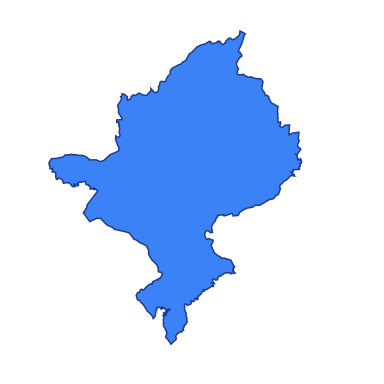 Varfuri, Dâmbovita, Romania, rotated 157°
{"feature_id": "2599482B31531566828838", "entity_name": "Varfuri", "entity_type": "district", "adm_level": 2, "iso_a3": "ROU", "parent_name": "Romania", "parent_adm1": "Dâmbovita", "projection": "albers", "projection_center": [25.505, 45.099], "detail": "fine", "context": "isolated", "style": "filled", "palette": "blue", "viewbox_px": 384, "rotation_deg": 157, "n_neighbors": 0, "source": "geoboundaries", "source_scale": "gbopen_adm2", "svg_char_len": 5971}
<svg xmlns="http://www.w3.org/2000/svg" viewBox="0 0 384 384"><g transform="rotate(157 192 192)"><path d="M297.7,204.7L289.8,205.0L286.6,203.5L283.1,194.8L278.5,189.9L278.6,189.2L277.7,187.8L268.1,180.9L265.5,178.3L263.9,171.1L262.3,169.9L259.8,165.8L254.8,160.2L255.0,158.7L254.7,155.3L256.0,152.1L256.3,150.2L255.4,145.0L252.7,138.5L252.9,134.7L253.9,132.5L254.0,131.6L251.9,130.2L251.2,129.2L251.2,128.1L252.4,127.4L252.7,126.5L255.1,125.1L256.8,125.4L257.4,124.3L258.3,124.9L263.4,124.8L264.1,123.3L264.8,123.4L265.0,122.7L265.6,123.5L266.9,123.6L271.0,122.6L274.9,120.6L276.4,122.2L277.7,122.2L279.8,120.2L281.3,120.7L283.8,118.6L284.3,114.4L284.0,113.7L282.3,112.1L282.2,110.3L281.0,107.8L280.4,105.0L279.7,99.6L277.8,95.9L276.8,91.9L277.2,90.8L276.0,91.0L274.1,92.5L271.2,97.3L270.4,97.3L269.8,98.9L268.4,99.4L268.0,98.7L266.4,98.2L266.1,96.1L265.3,96.3L265.3,97.4L264.3,97.8L264.1,97.6L264.7,96.6L263.4,95.9L262.8,96.1L262.3,94.3L261.0,93.4L258.3,93.1L258.4,92.3L259.6,93.0L262.4,92.6L262.7,91.8L265.5,91.7L265.3,90.4L265.6,89.7L265.2,89.6L264.0,90.1L264.0,91.0L263.0,91.6L262.2,91.3L261.8,92.3L260.6,91.8L263.4,90.2L263.4,89.5L264.1,88.7L266.0,89.2L266.0,89.8L267.0,89.6L266.4,88.5L268.2,85.7L270.6,79.7L270.1,76.6L270.2,74.8L269.8,73.8L270.3,71.7L272.9,69.0L272.9,67.9L272.1,66.5L270.8,60.1L264.1,62.7L263.7,63.1L263.5,65.1L262.9,66.2L261.9,66.9L257.4,68.0L256.2,67.1L255.4,68.0L253.9,67.9L253.2,70.3L251.4,71.3L251.3,72.2L249.3,72.7L247.1,74.5L247.2,75.2L245.8,78.2L246.0,80.0L244.8,82.5L244.7,86.8L243.5,89.5L243.4,90.6L241.9,91.9L240.9,90.5L240.8,89.6L236.9,89.3L235.0,91.2L235.6,91.5L235.6,92.0L233.4,90.6L231.9,91.1L231.5,91.5L231.4,92.5L229.6,92.8L229.5,91.0L228.6,90.8L227.1,94.0L226.1,93.6L223.2,94.8L221.7,96.1L220.3,96.3L219.9,97.0L219.5,96.3L219.1,97.4L217.4,96.5L215.7,96.6L210.1,97.7L209.4,96.6L208.9,96.9L209.2,98.3L208.7,99.1L209.1,100.3L207.3,98.9L207.7,102.4L207.2,103.9L206.0,103.5L204.9,102.3L204.9,101.8L202.7,101.2L201.9,103.1L201.1,103.1L200.1,104.0L198.5,103.4L193.8,104.7L191.3,103.7L189.6,103.6L189.4,103.0L187.9,102.1L188.3,101.6L184.0,100.6L184.2,101.6L185.3,103.4L183.9,104.3L183.9,105.2L184.4,105.6L184.2,105.8L182.6,106.0L181.9,106.7L182.5,107.9L182.8,113.9L185.2,116.2L186.6,116.8L187.0,117.8L190.1,119.4L190.7,119.3L191.4,121.6L192.9,123.0L195.2,127.3L195.3,135.3L191.8,138.4L191.5,139.5L195.1,142.7L196.3,142.6L197.1,143.2L197.4,145.7L197.2,147.3L195.2,150.2L194.5,150.6L192.9,150.3L192.2,149.9L191.0,147.4L189.0,146.8L188.3,149.2L188.4,150.3L187.1,153.1L183.3,155.7L181.7,156.2L180.7,157.9L178.0,159.2L177.6,160.4L172.5,159.1L172.5,158.1L171.2,157.7L171.1,157.2L163.5,156.7L163.2,155.1L163.5,153.9L159.0,152.5L158.0,152.8L156.4,154.5L151.6,155.5L147.3,155.6L142.0,154.3L140.2,155.0L138.6,154.9L134.6,153.3L124.0,154.8L119.8,154.0L115.6,156.0L113.5,156.0L109.6,160.2L109.2,161.0L109.5,162.6L107.6,164.3L105.7,164.6L103.5,165.9L99.9,166.3L94.8,168.4L93.3,168.4L93.1,167.6L91.6,166.9L91.8,167.2L91.1,167.9L92.6,170.3L92.7,171.6L92.0,170.7L90.7,171.3L90.1,173.0L84.4,170.8L83.8,171.8L84.3,172.2L83.8,173.0L82.0,173.6L81.5,176.1L80.1,175.9L79.0,177.5L79.6,178.8L78.9,179.6L79.0,180.2L80.1,180.0L80.4,179.5L81.6,181.2L81.8,180.3L82.1,180.4L82.0,181.6L81.3,182.8L81.3,184.8L81.9,186.1L80.5,185.4L75.1,188.9L76.7,192.3L76.7,193.8L73.1,197.5L73.6,198.3L73.0,200.6L70.7,204.0L70.4,205.4L76.6,206.9L80.5,206.9L76.0,215.6L80.5,217.1L84.0,216.1L85.6,218.1L83.6,220.3L83.2,221.9L85.8,222.4L83.8,226.7L83.3,229.2L82.4,230.1L82.1,232.5L79.3,237.1L81.7,239.9L82.1,240.8L83.6,242.1L84.7,245.3L84.3,246.7L84.7,248.2L84.1,249.9L84.9,251.3L87.0,253.2L86.3,255.3L87.0,256.6L87.3,260.1L83.6,265.8L83.7,267.5L84.7,269.6L86.7,270.3L91.6,273.4L92.4,274.9L95.7,275.7L97.0,277.7L97.8,278.1L98.3,280.0L102.9,281.5L104.0,282.4L104.3,283.1L102.9,285.7L100.9,287.5L101.3,288.3L101.4,291.3L100.9,293.0L98.0,295.6L94.3,297.7L93.5,297.3L92.8,298.2L92.6,298.8L93.4,301.0L93.2,301.9L94.4,302.9L94.2,303.7L88.0,309.4L82.6,315.8L81.1,316.8L84.9,321.4L87.0,318.0L91.7,316.3L95.4,316.3L96.6,318.7L97.9,319.1L101.4,317.9L103.1,316.0L103.5,316.4L105.3,315.5L107.0,316.6L107.4,319.0L108.8,319.6L107.9,320.0L108.7,320.6L111.6,319.9L115.1,320.6L116.2,322.0L115.9,322.8L117.0,323.9L122.4,323.1L126.1,323.8L130.7,323.6L137.2,320.8L140.7,320.1L146.2,315.6L150.2,315.1L152.0,313.9L153.9,314.4L162.3,313.6L165.0,311.6L165.4,310.2L166.6,308.7L168.6,308.2L171.7,305.9L173.0,304.2L174.2,304.3L177.2,305.9L178.7,305.4L180.2,303.0L181.8,302.0L182.1,300.4L183.7,298.1L186.3,297.4L187.9,298.8L189.4,303.3L190.1,301.5L196.2,298.5L200.3,301.3L201.0,302.7L202.2,303.8L206.5,302.9L207.7,304.2L208.5,304.2L210.5,303.7L212.6,301.7L215.5,301.8L215.7,302.1L214.2,304.9L216.5,308.8L218.2,309.6L218.0,308.7L218.3,308.2L220.5,307.6L220.3,305.8L220.7,304.9L226.8,300.5L227.0,297.7L228.7,293.6L227.7,286.9L228.0,285.9L233.1,287.7L233.6,286.7L234.1,285.4L232.1,284.7L233.5,281.7L233.5,279.2L235.9,274.9L236.0,271.9L238.0,271.2L239.3,271.5L240.1,273.4L241.3,271.6L242.1,267.8L241.8,266.4L242.3,264.9L241.9,261.6L243.6,258.4L252.7,258.4L260.8,255.5L264.5,255.8L267.6,259.0L274.0,261.7L273.8,262.2L275.7,265.7L277.6,267.9L282.6,270.4L285.1,272.2L286.6,272.3L287.8,273.8L290.2,274.1L294.2,275.7L296.7,274.6L303.7,275.9L308.2,277.6L312.0,275.1L312.8,273.2L312.7,271.4L313.6,269.0L312.8,268.1L310.9,268.0L312.9,265.1L310.4,264.0L310.3,261.2L311.2,260.3L311.3,259.0L311.7,258.6L311.7,256.8L311.3,256.2L310.6,256.2L309.6,257.0L308.7,256.9L306.5,253.5L307.0,250.3L303.8,249.6L301.3,248.2L299.9,244.0L299.3,243.3L297.8,242.7L297.6,243.3L298.0,244.7L297.5,245.5L296.9,245.0L296.6,243.3L294.8,242.3L294.2,242.4L293.4,243.5L294.3,244.2L294.3,244.9L293.1,245.2L286.0,243.4L286.6,241.1L286.5,240.2L285.9,239.5L284.5,239.2L284.6,238.0L283.3,236.5L284.7,235.0L284.5,234.3L281.2,234.1L281.9,233.3L281.6,232.7L280.6,232.3L279.9,232.9L278.3,229.8L291.6,222.3L293.9,220.7L295.1,218.6L296.5,218.0L297.6,216.6L299.0,216.3L299.1,215.4L300.1,215.2L297.7,204.7Z" fill="#3b82f6" stroke="#1e3a8a" stroke-width="1.5"/></g></svg>